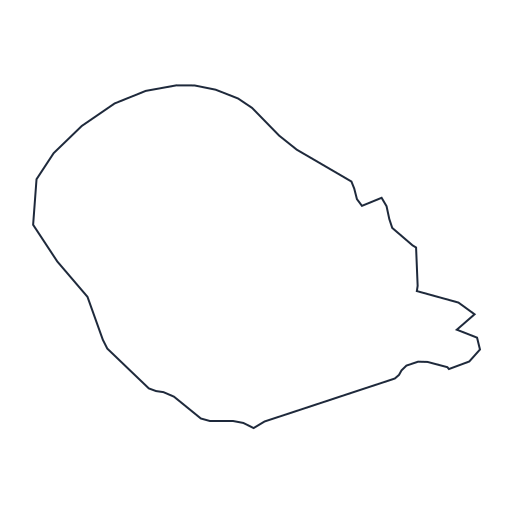 an SVG outline of São Tomé, rotated 269°
{"feature_id": "STP-4861", "entity_name": "São Tomé", "entity_type": "state/province", "adm_level": 1, "iso_a3": "STP", "parent_name": "São Tomé and Principe", "parent_adm1": "", "projection": "mercator", "projection_center": [6.595, 0.217], "detail": "fine", "context": "isolated", "style": "outline", "palette": "slate", "viewbox_px": 512, "rotation_deg": 269, "n_neighbors": 0, "source": "natural_earth", "source_scale": "10m", "svg_char_len": 801}
<svg xmlns="http://www.w3.org/2000/svg" viewBox="0 0 512 512"><g transform="rotate(269 256 256)"><path d="M336.6,37.9L362.4,55.5L389.1,84.1L411.0,117.3L423.0,148.6L428.0,179.3L427.6,197.5L423.0,218.5L413.8,240.8L404.1,254.7L375.9,281.3L361.6,298.6L328.8,352.7L321.7,355.4L311.1,357.9L304.3,362.8L312.0,382.6L303.5,387.4L290.7,389.9L281.7,392.7L263.9,412.7L261.7,416.2L223.3,417.1L218.1,416.2L205.9,457.6L193.9,473.5L178.8,455.5L170.5,475.6L158.6,478.3L146.8,467.4L139.6,446.9L141.5,445.4L147.1,425.6L147.5,416.2L143.8,404.5L139.1,399.5L134.6,396.9L131.1,392.7L90.4,261.7L84.0,250.6L89.3,240.4L91.4,230.3L91.8,207.1L94.5,198.0L116.8,171.5L121.5,161.1L122.7,153.7L125.5,146.5L166.0,105.7L174.9,101.4L218.1,86.8L254.0,57.2L291.1,33.7L336.6,37.9Z" fill="none" stroke="#1e293b" stroke-width="2"/></g></svg>